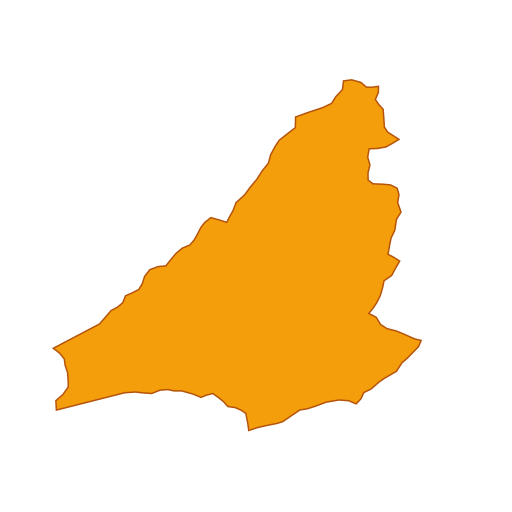 the district of São José de Caiana, Paraíba, Brazil, rotated 12°
{"feature_id": "56859067B86107293637085", "entity_name": "São José de Caiana", "entity_type": "district", "adm_level": 2, "iso_a3": "BRA", "parent_name": "Brazil", "parent_adm1": "Paraíba", "projection": "orthographic", "projection_center": [-38.322, -7.247], "detail": "fine", "context": "isolated", "style": "filled", "palette": "amber", "viewbox_px": 512, "rotation_deg": 12, "n_neighbors": 0, "source": "geoboundaries", "source_scale": "gbopen_adm2", "svg_char_len": 1908}
<svg xmlns="http://www.w3.org/2000/svg" viewBox="0 0 512 512"><g transform="rotate(12 256 256)"><path d="M340.5,64.6L334.7,66.7L328.9,67.9L322.5,64.4L313.0,63.8L305.2,66.5L306.0,75.2L301.1,83.3L298.2,91.0L290.5,96.9L282.9,101.4L277.5,104.5L265.8,111.8L267.8,122.3L262.7,128.2L254.6,138.0L252.0,144.7L249.3,153.8L248.8,162.7L244.5,171.1L240.8,180.9L236.1,189.8L232.2,198.5L225.4,207.9L224.1,216.4L221.9,223.3L220.4,229.2L213.6,228.5L203.9,227.8L199.0,233.7L196.1,239.6L194.2,246.7L192.2,253.2L189.0,259.0L182.2,263.7L177.4,269.8L173.2,277.6L169.9,284.4L162.5,286.7L155.0,291.4L151.3,299.1L150.5,306.9L148.2,313.2L142.7,317.7L136.7,322.0L135.3,329.5L131.1,334.9L125.6,339.5L121.2,347.6L117.0,355.1L76.9,388.4L84.3,392.0L89.9,396.6L92.1,402.7L95.9,409.2L97.9,416.0L99.6,423.2L95.9,431.7L90.3,439.1L92.8,448.2L156.1,417.0L166.4,414.1L172.9,413.5L182.5,412.2L190.0,407.2L197.5,405.0L203.9,405.0L211.3,403.4L222.6,404.1L231.6,405.7L236.5,402.4L242.3,399.5L248.8,402.3L254.2,405.0L259.8,409.1L267.2,408.6L273.0,409.8L278.8,412.1L282.9,421.8L285.2,428.2L293.2,423.5L302.9,419.0L311.4,415.4L316.7,412.4L323.1,405.6L330.9,397.5L337.9,394.8L345.6,390.4L355.0,384.4L367.0,379.6L376.7,378.3L384.7,379.8L388.3,374.0L389.9,367.1L396.1,362.3L402.5,353.8L406.6,349.3L417.3,339.6L421.0,330.1L425.2,324.5L433.8,310.9L435.1,304.3L428.1,304.1L419.0,302.1L409.0,300.2L399.2,299.8L392.2,297.2L386.4,291.0L378.2,288.7L381.1,283.3L383.7,276.9L385.8,268.9L386.4,260.7L386.4,253.6L392.8,246.7L395.3,238.0L397.6,231.1L390.6,228.5L384.8,226.9L384.4,217.0L384.4,210.3L386.4,202.1L385.8,190.8L388.7,182.9L383.5,174.4L383.1,166.3L380.0,160.4L372.8,158.5L365.1,159.4L355.3,161.1L349.9,158.4L348.3,151.7L348.5,143.2L344.7,136.1L344.4,127.6L352.4,125.6L360.5,122.3L366.3,117.2L371.6,112.2L359.0,107.4L354.7,103.1L353.0,96.9L349.9,86.1L344.6,82.3L340.2,78.1L341.7,70.5L340.5,64.6Z" fill="#f59e0b" stroke="#b45309" stroke-width="1.5"/></g></svg>